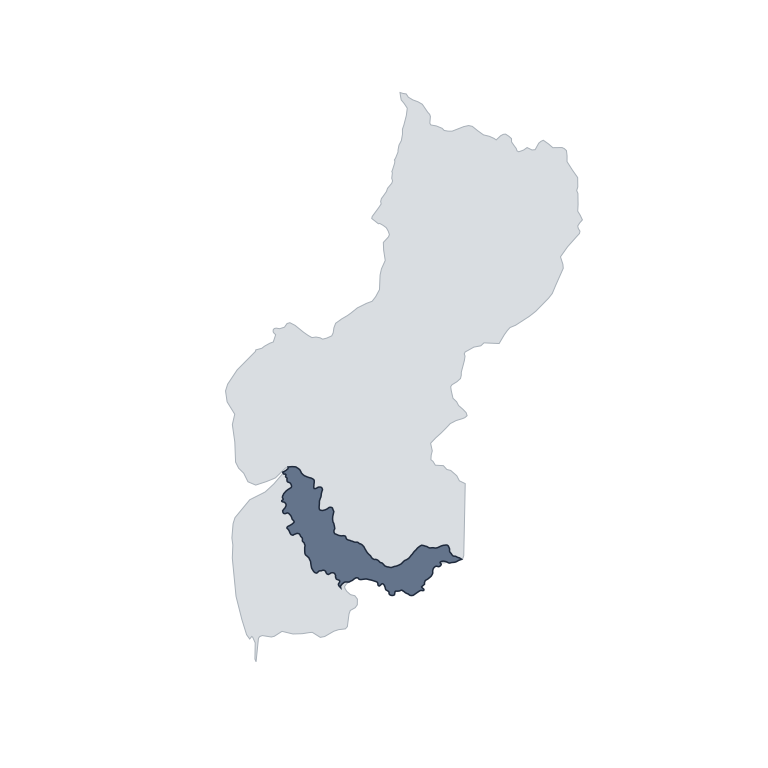 location of VII-1 Cuyuni, Cuyuni-Mazaruni, Guyana, rotated 219°
{"feature_id": "73187651B99697298922199", "entity_name": "VII-1 Cuyuni", "entity_type": "district", "adm_level": 2, "iso_a3": "GUY", "parent_name": "Guyana", "parent_adm1": "Cuyuni-Mazaruni", "projection": "natural_earth1", "projection_center": [-59.979, 6.583], "detail": "fine", "context": "in_parent", "style": "filled", "palette": "slate", "viewbox_px": 768, "rotation_deg": 219, "n_neighbors": 0, "source": "geoboundaries", "source_scale": "gbopen_adm2", "svg_char_len": 9675}
<svg xmlns="http://www.w3.org/2000/svg" viewBox="0 0 768 768"><g transform="rotate(219 384 384)"><path d="M258.2,357.7L243.4,338.7L228.6,319.6L214.0,300.8L213.0,298.3L219.1,289.3L224.6,282.9L229.2,279.3L231.3,276.1L229.7,262.3L229.8,257.3L227.6,251.9L226.1,245.9L227.9,240.8L230.1,237.3L233.0,235.9L239.8,234.7L244.6,234.2L246.3,232.2L249.1,229.8L252.7,229.7L259.9,231.4L263.2,228.3L269.1,224.2L282.4,217.1L285.3,212.4L287.4,205.2L287.2,201.8L285.8,200.6L282.5,199.4L277.5,199.2L273.4,201.1L269.3,200.1L265.8,195.6L265.6,192.0L267.7,186.8L266.5,183.3L259.8,172.4L259.9,169.4L264.7,164.5L267.4,160.3L271.2,150.4L274.1,147.0L283.4,145.9L285.7,143.7L290.4,138.5L297.5,132.4L307.6,127.6L310.5,118.9L312.3,116.5L320.3,111.9L321.7,109.4L321.5,107.3L308.6,87.6L311.2,89.0L321.2,101.8L326.7,104.6L327.9,104.6L327.9,101.3L333.0,102.7L346.2,111.5L365.4,125.9L392.4,153.3L400.1,163.7L405.3,168.6L413.4,180.5L415.7,186.4L415.5,209.6L408.4,225.3L406.7,237.1L406.3,252.8L402.2,261.8L407.7,256.9L409.3,242.7L414.0,234.1L420.1,224.7L428.2,222.4L436.9,226.4L444.0,227.1L450.2,229.9L463.4,245.0L476.3,257.0L481.0,266.6L494.7,271.4L502.8,278.9L505.4,285.5L507.0,302.6L504.4,328.5L505.1,329.8L501.4,334.9L500.7,338.1L498.4,343.8L496.5,347.0L499.2,354.1L502.3,354.4L503.5,355.3L504.3,356.7L504.1,358.2L502.9,359.6L499.9,361.3L497.1,365.5L497.4,370.0L495.7,372.4L490.0,373.6L479.0,373.6L473.5,374.0L469.2,374.7L466.4,377.7L462.7,379.7L459.9,380.2L457.4,383.6L454.9,388.5L455.7,391.8L458.3,396.2L459.8,400.8L457.8,408.1L455.6,413.8L454.4,418.1L452.6,426.4L448.4,435.6L445.3,440.8L445.4,446.5L446.9,454.5L455.6,466.2L458.4,471.8L460.8,480.8L468.6,487.9L473.6,493.6L473.1,501.1L473.8,503.5L476.8,505.4L480.6,506.9L484.7,506.7L488.3,506.1L489.2,505.0L497.7,504.9L498.6,506.8L499.1,517.7L499.5,522.1L501.5,523.8L502.7,526.5L502.8,529.0L503.2,535.1L504.4,538.3L504.3,544.8L505.1,547.2L507.5,548.8L510.4,553.4L511.6,554.0L512.1,555.7L514.7,562.3L516.0,564.3L516.9,564.6L517.2,566.9L519.1,573.1L520.3,574.6L522.7,579.1L523.7,584.1L526.8,589.7L530.0,593.6L531.5,597.7L535.6,606.7L539.5,613.0L544.9,614.7L549.4,615.6L552.2,618.0L555.0,620.6L552.0,621.8L549.3,623.4L545.6,622.2L540.5,622.9L535.2,624.7L530.3,625.5L521.0,622.7L518.2,622.3L516.3,621.1L512.5,615.5L510.6,614.8L505.7,617.5L499.7,619.3L496.8,618.9L493.4,620.8L490.2,623.3L484.0,634.2L480.9,638.1L477.5,639.8L470.7,639.8L463.5,640.2L458.0,642.8L453.0,644.1L450.4,644.3L449.6,650.3L448.4,653.1L446.8,654.7L442.9,655.1L439.3,654.9L437.2,652.4L433.2,651.2L429.6,650.3L427.3,648.9L425.5,649.2L423.9,651.7L422.7,653.8L421.6,657.8L416.3,659.0L414.0,661.2L415.3,668.6L414.7,671.4L413.6,673.7L407.1,674.1L401.5,673.9L398.3,676.6L394.4,679.8L392.0,680.4L389.1,680.2L385.3,676.5L381.7,672.0L372.5,668.9L363.4,666.3L357.4,659.1L356.0,655.6L353.2,654.1L346.1,645.6L342.2,640.2L337.9,638.7L333.1,636.4L333.3,632.5L332.9,628.7L330.8,627.1L327.9,626.1L326.8,624.0L327.1,619.0L327.7,606.2L326.9,593.9L320.3,589.6L317.5,586.7L312.6,568.5L310.2,560.3L310.1,554.2L311.8,536.1L313.6,528.2L318.7,512.5L321.6,507.2L321.8,503.2L321.5,498.0L320.0,487.9L328.5,481.6L332.2,478.9L332.8,474.6L337.4,469.2L339.4,464.1L341.1,460.0L340.6,457.9L338.6,456.7L336.3,452.8L331.3,441.7L329.5,439.5L328.0,436.4L328.8,431.5L330.7,426.2L330.5,423.9L327.5,421.1L321.4,416.3L316.4,415.9L312.5,414.2L306.7,414.0L302.1,413.4L299.5,411.7L300.0,408.7L301.2,406.5L305.0,400.9L307.6,394.9L308.0,389.1L308.8,381.5L309.9,374.8L310.5,367.3L304.4,362.4L302.5,358.3L299.9,354.7L297.2,354.7L293.0,353.2L286.5,357.9L281.4,357.1L277.8,358.8L269.7,358.5L264.5,356.2L258.2,357.7Z" fill="#d9dde1" stroke="#a8b0b8" stroke-width="1"/><path d="M392.1,232.7L391.4,231.7L390.1,231.3L389.6,230.7L390.1,229.1L389.7,228.5L389.0,228.5L388.4,228.7L387.1,229.4L386.4,229.4L385.0,229.1L384.3,228.7L383.8,228.2L383.4,227.3L383.0,225.6L383.0,224.7L383.1,223.8L383.0,221.7L382.0,220.8L381.4,220.5L380.8,220.3L380.2,220.4L379.5,220.8L379.0,221.3L378.3,222.6L377.9,223.1L376.7,223.4L375.9,223.4L375.1,223.2L374.2,223.2L372.8,222.7L371.7,222.1L370.4,221.2L369.8,221.0L369.0,221.0L367.6,220.7L367.0,220.3L366.9,219.6L367.0,218.9L367.3,217.2L368.1,215.0L369.1,212.8L369.2,212.0L369.0,211.2L368.5,210.8L367.7,210.8L367.0,210.7L365.6,210.3L363.2,209.0L362.0,208.6L361.4,208.5L360.1,208.9L359.5,209.3L359.4,210.0L358.0,212.5L357.5,213.3L356.3,213.9L355.6,214.2L354.8,214.1L353.0,213.2L350.8,212.9L350.3,212.6L349.8,212.2L349.0,211.0L348.4,210.5L345.8,210.2L345.3,209.7L344.2,209.1L343.6,208.7L342.8,207.1L340.6,204.4L339.0,202.7L337.7,201.9L337.0,201.8L335.7,201.8L334.4,201.7L333.9,201.7L333.1,201.6L332.4,201.4L331.7,200.9L329.8,200.1L329.1,199.6L328.0,198.5L326.8,197.4L324.7,195.6L324.0,195.2L321.2,194.2L320.4,194.0L319.2,193.9L317.9,194.3L317.4,194.6L317.1,195.2L316.8,197.6L316.4,198.4L315.3,199.2L314.9,199.8L314.6,200.5L313.6,201.4L312.9,201.6L311.5,201.7L310.8,201.2L310.1,200.8L308.6,200.5L308.0,200.7L307.4,200.9L306.5,202.9L306.4,203.6L305.6,204.7L304.3,205.5L303.7,205.6L303.0,205.6L302.4,205.4L301.7,205.0L301.1,204.8L300.3,203.5L299.4,203.1L298.9,202.6L298.2,202.4L297.6,202.5L296.3,203.0L295.0,203.3L294.3,202.9L293.9,202.3L293.7,201.4L293.7,200.6L293.5,199.7L292.9,199.2L292.2,198.8L291.1,198.6L289.4,198.4L290.1,199.0L290.6,199.5L290.7,200.4L290.6,201.2L290.7,202.0L290.1,204.9L289.7,205.5L289.0,206.2L287.1,207.6L286.6,208.1L286.2,208.7L286.0,209.5L285.1,211.2L284.8,212.1L284.7,213.1L284.4,214.2L283.8,215.8L283.3,216.3L282.4,216.8L281.7,216.9L281.0,216.6L280.4,216.6L279.5,217.0L278.7,217.6L275.8,220.7L275.2,221.3L274.6,221.6L272.3,222.7L270.8,223.5L265.6,225.5L265.0,225.7L263.6,225.4L262.4,224.2L261.8,223.8L261.1,223.8L260.5,224.1L260.2,225.1L260.0,227.0L259.7,227.7L259.0,228.0L258.4,228.0L256.8,227.7L256.1,227.1L255.2,226.7L254.0,225.7L253.4,225.4L252.8,225.2L251.3,225.5L249.7,225.6L249.0,225.3L248.6,224.7L247.9,224.1L247.3,223.9L246.5,223.9L245.8,224.1L245.1,224.4L244.4,224.9L243.9,225.4L243.5,226.0L243.2,226.8L243.5,227.4L244.0,228.2L244.7,229.6L244.6,230.3L243.8,231.0L243.2,231.4L241.8,232.8L241.4,233.5L241.1,234.2L240.7,234.8L240.1,235.1L237.4,235.3L236.1,235.2L234.3,235.6L232.9,236.1L231.6,236.0L230.9,236.1L230.3,236.4L229.7,236.7L228.4,238.0L228.1,238.8L227.1,242.4L226.4,244.7L226.2,245.4L225.7,246.4L225.2,247.0L223.8,247.8L223.2,248.5L223.5,249.3L224.0,249.6L226.4,249.7L227.1,250.0L227.0,251.1L226.6,253.2L226.5,253.9L227.1,254.6L227.7,255.3L227.8,256.1L228.2,256.8L228.1,257.7L227.2,260.0L226.5,263.5L226.4,264.6L226.9,267.3L227.4,268.1L228.5,269.3L229.2,270.7L229.5,271.7L229.6,272.8L229.5,273.5L229.3,274.3L228.9,275.1L228.3,275.6L226.8,276.2L226.3,276.7L225.9,277.6L225.7,278.4L225.8,279.1L226.0,279.9L226.5,280.2L227.9,280.3L228.2,281.0L228.0,281.7L227.6,282.4L227.0,283.1L226.3,283.8L224.8,284.6L224.0,285.0L223.2,285.3L222.5,285.3L220.7,285.8L220.0,286.5L219.1,287.8L217.2,289.6L216.7,290.2L216.3,290.8L215.9,291.5L214.9,294.0L214.0,295.5L213.3,296.6L215.8,296.4L217.7,295.6L219.9,295.2L221.8,293.9L222.7,293.9L224.0,294.1L224.9,294.5L226.8,294.8L227.5,295.1L228.0,295.5L228.9,296.7L229.5,297.3L232.1,298.6L233.4,298.6L234.0,298.3L234.5,297.9L235.6,296.7L236.3,296.1L237.6,294.2L239.4,290.5L240.1,289.6L240.8,288.8L242.8,287.7L243.6,287.0L245.3,285.3L246.7,284.9L247.5,284.8L248.4,284.7L250.5,283.7L251.3,283.5L253.3,282.4L253.9,281.0L254.3,279.6L254.7,277.9L254.8,276.8L254.7,275.6L254.9,274.6L255.1,272.5L255.0,270.5L254.9,269.7L255.1,268.1L255.0,266.3L255.1,264.1L255.7,262.2L256.0,261.4L256.8,260.0L257.1,258.7L257.4,255.4L257.6,254.6L258.6,252.4L259.6,250.6L259.9,250.1L261.2,248.7L261.6,247.9L262.8,246.0L264.0,245.2L265.4,244.6L266.2,244.0L268.0,243.4L268.7,243.2L269.3,243.2L270.8,243.5L272.6,243.7L273.2,243.6L273.9,243.2L274.6,242.9L277.3,243.2L278.4,243.1L280.0,242.6L281.1,241.5L281.8,241.3L283.4,241.1L284.8,241.4L286.3,242.0L288.7,242.1L290.8,242.4L292.9,243.1L293.6,243.4L294.8,243.8L296.8,244.7L297.5,245.0L298.4,245.0L299.1,245.2L300.5,245.2L301.8,244.9L302.5,244.5L303.8,244.5L304.6,244.5L305.3,244.2L307.1,242.7L307.8,242.4L308.5,242.3L309.1,242.0L309.7,241.9L311.1,241.2L312.0,241.1L313.2,240.4L314.7,240.0L315.4,240.0L316.1,240.2L317.8,241.3L318.5,241.4L320.0,240.7L321.0,239.7L321.6,239.1L324.0,237.8L326.8,237.1L327.4,236.8L328.1,236.7L329.4,237.2L330.5,238.3L330.8,238.9L331.2,240.6L331.7,241.1L332.3,241.6L333.4,242.6L334.0,243.0L335.2,244.0L335.8,244.3L336.5,244.5L337.1,244.9L339.0,246.7L340.5,248.8L341.9,251.7L342.7,253.3L345.2,254.6L345.8,255.1L346.4,255.2L347.0,255.1L348.1,254.5L348.6,254.0L349.0,253.4L349.4,251.8L349.6,251.1L350.3,249.6L350.7,248.9L351.2,248.3L352.0,247.1L353.8,246.0L354.5,245.8L355.6,246.1L356.9,247.4L358.8,250.2L360.6,252.5L361.2,254.2L361.5,254.9L361.9,256.4L362.6,257.7L363.8,259.5L364.1,260.3L364.5,261.0L365.2,263.1L365.8,263.6L367.0,264.2L367.8,264.2L368.5,263.9L369.8,262.9L370.6,261.6L370.7,260.9L371.4,259.6L372.5,258.8L373.2,259.2L373.8,259.7L374.9,261.5L375.4,262.0L376.0,263.2L377.3,264.9L377.9,265.3L378.5,265.5L379.8,265.4L381.3,265.1L382.6,264.5L383.2,264.2L385.4,263.4L387.0,263.0L387.8,262.7L388.6,262.6L390.1,262.6L392.3,262.9L393.5,263.6L395.6,264.4L397.6,264.4L398.9,264.2L399.8,264.2L400.4,264.0L401.0,263.7L403.5,261.9L406.4,259.1L405.8,258.8L405.3,257.4L405.6,256.8L405.7,255.7L406.2,254.4L406.3,253.9L406.2,253.4L406.3,253.1L406.7,252.8L407.1,252.2L407.3,251.7L405.5,250.9L404.8,251.1L404.4,251.6L403.8,252.0L403.1,251.8L402.7,251.1L402.4,250.3L401.9,249.9L400.5,249.9L399.8,249.6L399.5,248.9L399.1,248.4L398.6,247.9L398.0,247.4L397.5,247.3L396.8,247.3L396.2,247.6L394.8,248.0L394.1,247.9L392.8,247.4L391.6,246.5L391.2,245.9L391.0,245.1L392.2,241.6L392.8,239.0L392.8,238.1L392.9,235.8L392.8,235.1L392.5,234.5L392.4,233.5L392.1,232.7Z" fill="#64748b" stroke="#1e293b" stroke-width="1.5"/></g></svg>